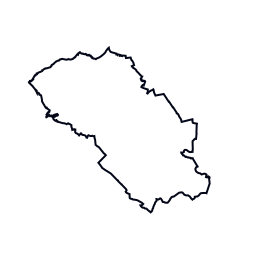 the district of Targu Carbunesti, Gorj, Romania, rotated 50°
{"feature_id": "2599482B79370866887971", "entity_name": "Targu Carbunesti", "entity_type": "district", "adm_level": 2, "iso_a3": "ROU", "parent_name": "Romania", "parent_adm1": "Gorj", "projection": "robinson", "projection_center": [23.515, 44.967], "detail": "fine", "context": "isolated", "style": "outline", "palette": "ink", "viewbox_px": 256, "rotation_deg": 50, "n_neighbors": 0, "source": "geoboundaries", "source_scale": "gbopen_adm2", "svg_char_len": 5710}
<svg xmlns="http://www.w3.org/2000/svg" viewBox="0 0 256 256"><g transform="rotate(50 128 128)"><path d="M94.6,170.4L94.7,169.7L95.3,169.3L97.3,171.2L98.4,171.2L100.0,170.3L100.4,170.4L101.2,170.1L102.2,170.2L102.0,169.2L102.1,168.6L101.7,167.7L101.9,167.4L103.9,167.4L105.1,166.3L106.0,165.7L107.5,165.5L108.5,166.0L109.2,165.6L109.0,165.1L108.4,164.6L108.1,163.0L110.0,162.0L110.7,161.1L111.1,160.2L112.2,159.7L112.5,159.3L112.6,159.0L114.6,160.3L115.1,160.4L116.1,160.9L120.0,163.6L122.1,163.3L124.0,162.6L132.1,162.8L132.9,162.5L134.6,162.5L135.6,173.0L140.8,173.2L141.6,173.5L145.1,172.6L151.9,170.4L160.8,169.8L161.8,169.4L162.1,169.7L162.7,169.7L167.0,169.3L167.2,169.1L167.8,169.2L173.3,168.8L174.3,168.9L174.9,169.2L175.3,170.7L175.9,170.8L176.5,170.8L177.8,170.3L179.6,169.3L181.9,171.1L182.8,171.7L183.1,171.7L184.2,171.2L185.1,170.4L185.8,170.3L187.4,168.8L189.3,167.3L193.9,165.5L195.9,165.2L195.9,165.7L196.1,165.9L196.0,167.2L195.3,168.2L196.6,168.4L198.4,168.0L199.3,167.0L200.4,166.9L201.6,165.7L203.7,165.5L206.0,165.1L206.1,164.9L207.2,164.8L207.0,162.9L205.7,161.0L205.5,160.2L204.8,159.4L203.8,157.5L203.4,156.3L202.6,155.2L202.1,152.9L201.4,152.2L200.7,151.9L200.9,151.6L201.5,151.6L202.2,151.0L202.5,149.8L202.4,149.1L202.8,148.4L203.4,148.2L204.9,148.4L207.0,148.9L208.0,147.9L208.7,147.7L209.7,146.9L210.5,146.0L210.7,145.2L210.6,144.7L210.0,142.2L209.5,141.2L209.0,139.1L209.1,138.3L209.6,137.7L210.0,136.7L210.4,130.5L211.6,128.5L212.2,127.9L212.7,127.7L215.4,127.7L217.0,126.8L218.3,125.2L220.3,124.7L222.8,124.9L224.2,124.7L224.1,124.3L224.6,123.0L224.4,121.7L224.0,121.0L224.1,120.6L223.9,120.6L225.1,118.7L225.2,117.5L224.7,114.4L225.6,112.8L227.8,110.1L228.4,109.8L223.0,101.1L218.7,98.3L218.6,97.5L218.0,97.2L217.0,97.5L217.4,98.2L216.7,98.3L216.7,98.6L215.8,98.6L215.8,98.9L216.2,99.5L215.7,99.8L214.1,97.8L212.7,98.3L212.0,98.9L210.9,101.5L209.2,101.8L207.8,103.0L205.4,103.7L204.6,103.6L203.2,103.1L202.5,102.5L201.9,101.0L202.3,99.5L193.4,98.1L192.8,97.8L192.0,98.6L191.9,99.3L190.9,99.4L190.1,100.3L189.5,100.4L189.0,101.2L187.5,101.8L187.2,102.5L185.1,102.8L184.3,103.5L184.1,103.4L184.2,103.1L182.2,103.3L181.7,103.1L181.3,103.2L181.0,103.0L182.0,101.9L182.3,100.7L181.4,99.7L181.3,98.6L181.5,98.2L182.5,97.3L185.4,96.6L186.4,95.9L187.8,93.9L186.6,93.0L186.6,92.6L179.6,87.0L179.3,83.7L180.1,82.9L176.2,78.9L175.8,78.8L169.6,73.2L169.0,72.4L166.1,74.8L165.4,74.9L163.3,73.7L163.0,73.4L163.1,73.2L162.7,73.0L157.8,83.0L155.3,81.8L152.1,81.4L150.7,81.0L150.4,80.8L149.4,80.7L148.1,81.3L147.7,80.9L141.2,80.1L141.1,80.4L134.2,79.6L134.1,79.9L124.9,78.8L120.8,86.1L117.4,85.2L115.5,84.0L114.6,83.8L114.6,84.9L114.0,86.6L113.9,87.8L113.9,89.6L114.2,90.8L113.7,91.0L113.0,89.6L111.2,88.1L107.1,90.7L105.2,91.4L104.8,90.7L104.6,89.2L105.6,88.7L103.4,85.0L102.8,84.9L102.5,85.2L102.1,85.3L101.9,85.5L102.0,85.8L101.7,86.1L101.5,86.7L100.9,87.1L101.2,87.3L100.5,87.2L100.7,86.5L99.9,86.5L99.2,86.9L98.4,86.6L98.2,85.8L98.3,85.5L97.7,84.1L97.2,84.5L96.1,84.3L95.6,84.5L92.3,84.6L90.1,84.9L88.8,84.5L87.3,84.7L84.6,85.5L83.1,85.3L83.8,83.0L81.1,81.8L78.8,81.5L78.1,81.7L75.7,80.7L73.1,84.6L71.1,83.4L68.6,86.0L69.0,86.4L67.8,87.3L67.5,87.8L66.9,87.1L65.5,88.1L65.1,88.4L65.3,89.2L64.4,89.2L64.1,89.6L63.5,89.1L60.0,91.5L58.4,92.4L55.7,92.0L54.2,91.1L54.2,92.2L54.8,95.1L55.5,96.7L55.8,99.2L55.7,103.1L55.4,105.0L54.7,107.0L54.6,108.4L53.6,108.8L52.5,110.0L51.5,110.1L51.4,110.3L51.1,110.1L50.9,110.4L50.5,110.4L50.6,110.0L50.3,110.0L50.1,110.2L49.6,110.1L49.3,110.5L49.0,110.4L48.9,110.1L48.5,110.1L47.5,110.7L47.7,110.9L47.4,111.0L47.1,110.9L47.0,111.4L46.8,111.4L46.8,111.8L46.4,111.9L46.3,112.4L45.7,112.7L45.2,112.5L44.2,112.7L44.2,113.1L43.9,113.2L43.7,113.7L42.6,114.6L41.9,114.7L41.7,115.3L40.9,115.9L39.0,116.1L38.9,117.2L39.2,117.6L39.2,118.5L39.5,118.9L39.2,118.9L39.3,119.1L39.3,119.6L39.0,119.7L39.2,121.0L39.5,122.1L39.7,122.4L39.6,122.6L39.8,123.1L39.5,123.6L39.7,124.3L39.5,124.9L39.7,125.6L39.4,126.4L38.7,128.0L36.9,129.4L37.0,129.6L36.1,131.3L32.6,134.1L32.3,135.1L31.8,135.8L32.0,136.1L31.7,137.4L31.9,137.7L31.2,138.8L30.9,140.3L30.9,141.9L30.8,142.3L31.1,143.7L30.9,144.5L31.0,144.9L30.8,145.3L30.7,146.0L31.2,146.5L31.1,147.0L31.4,147.4L31.5,148.5L29.6,152.8L29.2,153.0L28.9,154.6L29.0,156.3L28.8,156.5L29.1,156.7L29.1,157.4L28.6,159.4L28.1,160.4L28.1,161.2L27.9,161.9L28.0,162.1L27.6,162.7L28.3,163.1L28.3,163.4L28.0,163.8L28.0,164.2L27.7,164.6L27.8,164.8L28.1,165.0L28.0,165.3L28.2,165.5L27.9,166.0L28.5,167.1L28.5,167.7L28.8,168.1L29.0,168.9L29.6,169.2L29.4,169.6L29.4,169.8L29.8,169.8L29.9,170.2L29.6,170.5L29.8,170.9L29.5,171.7L29.9,171.7L29.9,172.1L29.4,172.3L29.3,172.7L29.4,172.9L29.0,173.1L29.3,173.5L29.2,174.5L29.6,174.7L34.2,174.2L38.8,174.3L39.3,174.1L40.1,174.1L39.8,174.4L40.0,174.6L40.8,174.6L42.9,175.2L42.6,174.8L44.3,173.8L44.6,173.8L44.8,174.2L45.4,174.5L46.5,174.0L47.1,173.6L50.5,175.4L52.5,176.8L59.8,178.0L60.5,177.7L60.4,177.2L61.4,177.3L64.1,176.6L64.6,177.2L64.6,177.8L65.1,178.0L65.1,178.4L64.7,178.5L64.6,179.0L64.7,180.0L65.2,180.8L65.3,181.7L65.8,181.7L65.6,181.1L65.7,180.9L66.9,183.5L67.3,183.6L67.5,182.7L67.5,179.9L68.9,180.1L69.1,178.9L69.8,179.0L69.9,178.1L70.0,178.0L70.4,176.7L70.6,176.4L70.5,175.9L70.9,175.7L71.2,174.3L71.8,173.2L72.0,173.2L72.9,173.2L73.2,173.6L73.1,174.1L72.5,174.9L72.6,175.1L72.5,175.5L72.1,175.9L72.4,176.7L72.1,177.3L72.1,178.1L71.9,178.3L71.8,178.8L72.5,178.9L72.9,179.3L73.8,179.4L75.2,179.2L75.9,178.9L75.7,178.3L75.9,177.8L76.6,178.2L77.0,178.1L77.3,177.7L77.8,178.1L78.1,177.9L79.3,176.9L82.3,174.9L83.6,173.6L85.7,172.5L85.8,171.2L86.1,170.7L86.8,170.6L87.8,170.0L89.5,169.5L90.5,170.5L92.2,171.1L93.6,171.9L94.1,170.4L94.6,170.4Z" fill="none" stroke="#020617" stroke-width="2"/></g></svg>